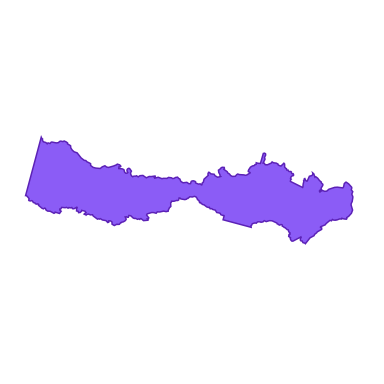 Anapu, Pará, Brazil, rotated 105°
{"feature_id": "56859067B83873357566696", "entity_name": "Anapu", "entity_type": "district", "adm_level": 2, "iso_a3": "BRA", "parent_name": "Brazil", "parent_adm1": "Pará", "projection": "robinson", "projection_center": [-51.328, -3.947], "detail": "fine", "context": "isolated", "style": "filled", "palette": "violet", "viewbox_px": 384, "rotation_deg": 105, "n_neighbors": 0, "source": "geoboundaries", "source_scale": "gbopen_adm2", "svg_char_len": 6033}
<svg xmlns="http://www.w3.org/2000/svg" viewBox="0 0 384 384"><g transform="rotate(105 192 192)"><path d="M213.2,81.6L207.2,75.2L207.8,74.8L208.5,75.3L210.4,74.9L211.0,74.1L210.8,73.0L212.2,71.7L212.2,69.7L212.6,69.1L205.7,66.1L202.6,62.8L201.2,62.6L199.1,61.0L198.1,60.7L194.6,57.1L193.2,57.4L193.0,58.7L192.3,58.8L189.2,54.8L187.8,54.3L183.7,51.4L183.7,49.8L182.2,49.3L182.5,48.1L182.2,46.3L181.6,45.6L181.7,45.1L179.8,42.4L179.4,40.5L178.7,40.6L178.6,40.2L178.7,38.2L178.3,35.8L177.7,35.5L176.6,35.9L175.0,34.4L171.3,32.5L167.9,32.2L163.3,35.0L161.9,35.2L159.8,34.8L155.8,35.2L154.8,35.5L152.7,37.1L150.1,36.8L148.7,38.7L146.7,38.7L146.0,39.1L143.6,42.8L142.6,45.6L142.8,46.1L144.5,47.1L147.7,46.9L149.0,47.4L149.7,52.8L150.6,55.4L153.9,60.5L156.3,62.1L157.0,64.0L156.8,66.3L157.7,67.6L158.9,68.4L158.1,69.2L156.9,68.7L156.1,67.6L155.7,68.1L154.5,68.2L151.9,67.4L150.7,67.6L149.7,69.5L148.9,69.7L148.0,71.7L146.1,74.2L145.3,76.2L145.3,76.8L145.8,77.1L142.9,79.1L142.3,80.4L143.2,79.9L144.1,80.0L145.1,80.5L146.4,82.7L151.5,83.5L151.8,83.9L151.6,84.9L149.8,86.5L150.3,87.0L151.9,86.8L152.2,87.1L153.0,86.7L155.4,86.7L158.5,86.2L159.0,86.3L158.9,86.8L156.3,99.7L154.5,99.9L153.9,99.5L153.3,100.4L151.7,100.2L150.1,99.1L149.8,98.9L150.0,98.5L149.4,98.2L148.6,98.6L148.1,99.1L148.3,100.4L147.8,101.0L146.9,101.2L146.6,101.9L147.1,103.6L146.5,104.6L146.0,104.8L146.2,106.2L145.0,106.8L144.9,107.5L144.0,108.9L141.0,109.8L140.4,110.7L143.9,112.8L143.8,114.9L143.4,115.9L142.8,116.1L142.3,118.0L142.7,121.1L142.2,122.1L142.3,122.5L143.5,122.9L146.2,126.2L146.7,128.3L145.5,129.7L145.6,130.8L141.8,130.0L141.3,130.0L139.9,130.9L137.2,130.4L136.0,130.9L135.7,132.0L136.3,133.1L146.7,133.3L147.2,135.9L147.1,137.5L148.7,137.2L149.2,138.2L150.4,138.8L151.2,140.4L152.9,142.0L155.9,143.0L157.2,143.1L157.7,142.9L158.2,140.9L158.5,140.8L161.5,143.6L162.1,145.0L162.0,146.1L162.9,150.7L162.8,152.5L163.8,153.4L165.6,154.2L166.5,157.1L166.1,158.9L164.9,160.5L164.3,162.4L163.3,163.2L161.8,167.2L160.6,166.8L159.9,167.3L160.3,169.2L161.0,170.1L162.1,170.5L164.1,172.1L166.2,171.2L167.8,169.7L169.2,169.0L169.6,168.3L171.1,171.0L170.3,174.0L169.1,175.2L169.6,178.5L168.6,180.2L168.7,181.1L170.5,181.3L171.7,180.6L176.5,183.7L179.5,183.6L180.9,184.5L182.4,184.3L182.7,184.8L182.0,186.3L182.7,187.6L182.4,190.5L182.2,190.9L181.3,191.1L180.9,191.9L180.8,193.4L181.3,194.8L182.0,195.5L184.3,195.6L184.8,197.1L184.0,199.5L185.4,203.0L184.7,205.5L182.6,207.1L182.3,208.4L181.4,209.8L182.3,211.8L183.4,212.7L184.0,214.1L183.6,215.6L184.0,218.5L185.3,219.6L186.1,222.9L186.9,224.5L186.5,228.5L188.3,231.6L187.7,232.2L186.9,231.5L186.2,231.6L186.2,232.0L187.6,235.3L188.1,237.4L190.1,239.8L188.7,243.7L189.7,246.5L191.3,247.9L190.7,249.8L191.3,250.6L191.7,252.2L192.6,253.2L192.2,254.3L191.0,255.6L189.5,256.3L187.5,255.9L185.6,258.2L185.4,259.1L186.0,259.9L187.0,260.5L188.4,260.3L189.9,259.0L190.6,259.6L191.0,261.0L190.3,262.2L188.1,263.5L187.9,264.1L187.7,265.5L188.3,268.8L186.7,269.1L186.3,267.8L185.8,267.4L185.2,267.7L184.5,269.0L184.4,271.4L185.3,272.0L187.2,274.5L189.9,279.0L190.0,280.9L189.2,282.9L190.9,285.2L193.0,286.7L193.8,291.1L193.8,293.9L192.6,296.8L191.0,297.2L190.6,298.1L190.0,301.3L189.1,302.7L189.3,304.3L187.8,307.9L183.9,313.1L183.7,316.2L182.6,318.4L180.9,320.4L178.7,321.3L177.7,324.7L176.8,324.9L176.2,326.4L175.8,328.7L176.7,329.7L176.8,331.9L177.2,332.7L179.0,334.0L179.7,335.8L180.0,340.2L180.3,340.9L181.9,341.7L181.8,343.5L182.1,344.1L182.9,344.4L182.0,346.0L182.0,348.5L180.8,349.8L179.4,350.1L179.2,350.9L178.1,351.8L238.5,351.8L238.3,351.1L239.7,348.8L240.7,347.6L242.2,347.6L242.5,347.2L242.5,345.9L241.8,344.5L242.1,343.6L243.2,342.6L243.3,340.7L243.9,340.2L243.9,338.6L243.5,338.4L243.4,337.6L243.8,336.8L244.6,336.8L246.6,332.5L246.7,331.0L245.8,330.3L245.8,329.4L247.3,328.2L247.8,326.5L247.3,324.0L248.3,319.8L247.7,319.1L246.9,319.0L247.0,314.4L244.4,313.4L243.9,314.7L242.9,315.3L242.5,315.2L242.4,314.4L240.6,313.9L240.0,310.4L239.3,309.2L239.7,307.5L238.8,306.8L238.9,305.6L238.1,304.1L239.0,303.2L239.0,302.4L238.5,301.4L236.5,299.3L236.8,298.9L238.3,299.1L240.2,298.6L240.1,297.0L241.3,296.2L240.7,294.7L239.1,293.7L238.3,293.8L238.2,291.4L238.3,290.2L239.4,289.0L240.8,290.4L241.4,290.4L241.4,288.6L241.7,288.3L241.0,287.9L240.1,286.2L240.4,284.3L239.7,282.2L240.7,281.3L242.7,276.3L242.0,275.1L242.1,274.2L241.5,273.7L242.2,271.3L241.9,267.7L243.3,265.5L242.7,264.6L242.1,264.6L241.8,265.2L241.3,264.9L241.0,263.2L241.7,261.5L243.8,260.9L244.5,258.4L242.5,256.1L242.6,255.4L242.0,253.8L240.0,252.9L239.9,252.3L239.4,252.1L238.6,250.6L237.2,249.2L235.7,248.5L234.7,248.9L233.4,250.1L232.9,249.0L233.1,247.6L232.9,247.0L231.0,246.9L230.8,245.0L232.3,242.2L232.5,241.0L232.1,239.5L232.5,237.6L231.7,236.3L232.0,235.3L231.1,234.9L230.9,234.3L232.2,231.4L230.7,227.3L230.3,227.1L229.5,228.2L229.2,227.4L228.2,227.0L226.0,229.9L224.7,229.6L222.2,225.5L221.8,223.6L221.8,221.1L220.2,220.4L219.6,217.9L217.8,214.4L217.7,212.0L216.7,210.0L215.8,210.2L213.0,209.7L211.5,208.7L208.0,209.8L207.0,209.3L206.2,209.4L205.6,207.0L204.2,204.8L203.9,203.5L203.1,202.8L201.1,202.9L201.0,201.9L201.6,201.0L201.2,196.9L200.4,195.5L199.3,194.8L199.3,194.3L197.2,192.9L196.7,190.3L195.6,188.6L195.6,187.1L197.0,185.2L197.9,184.8L198.5,183.1L200.3,181.9L199.9,181.0L200.7,180.3L201.4,177.9L201.2,177.2L202.6,173.9L202.7,172.0L202.3,171.3L203.5,170.1L203.0,168.6L203.5,167.5L203.5,164.8L205.4,162.8L205.2,160.2L205.4,159.1L206.4,158.4L206.7,156.0L206.4,155.3L206.7,154.8L210.8,154.8L210.8,125.7L209.3,126.3L208.4,125.7L207.4,125.7L206.8,125.2L205.6,123.2L205.5,121.8L204.1,121.1L203.6,120.2L203.2,118.2L203.4,117.6L202.5,115.7L201.0,114.8L201.4,112.7L199.6,109.7L199.1,107.2L200.0,102.0L200.7,101.5L200.7,100.7L201.1,100.2L201.3,98.7L200.4,97.7L200.3,96.7L200.7,96.2L201.6,96.0L201.9,94.5L202.4,93.8L202.4,92.8L203.7,90.3L203.7,89.2L205.3,88.3L206.1,86.9L206.5,87.2L207.2,86.4L208.0,86.7L208.2,87.3L209.9,87.1L210.7,85.0L211.7,85.0L213.1,83.8L213.6,82.7L213.2,81.6Z" fill="#8b5cf6" stroke="#5b21b6" stroke-width="1.5"/></g></svg>